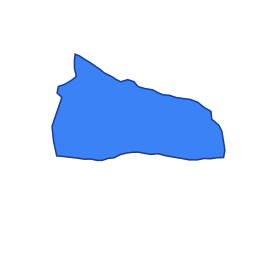 outline of Mesquita, Rio de Janeiro, Brazil, rotated 44°
{"feature_id": "56859067B83991596401746", "entity_name": "Mesquita", "entity_type": "district", "adm_level": 2, "iso_a3": "BRA", "parent_name": "Brazil", "parent_adm1": "Rio de Janeiro", "projection": "orthographic", "projection_center": [-43.451, -22.803], "detail": "fine", "context": "isolated", "style": "filled", "palette": "blue", "viewbox_px": 256, "rotation_deg": 44, "n_neighbors": 0, "source": "geoboundaries", "source_scale": "gbopen_adm2", "svg_char_len": 937}
<svg xmlns="http://www.w3.org/2000/svg" viewBox="0 0 256 256"><g transform="rotate(44 128 128)"><path d="M191.2,62.9L182.1,63.5L176.1,58.4L168.3,60.4L160.4,61.0L152.9,64.2L147.5,68.3L141.5,72.6L134.9,75.8L130.3,79.7L124.6,81.9L119.2,83.4L113.1,87.7L106.4,91.3L100.2,90.5L94.2,93.4L90.7,99.8L85.8,101.3L80.2,102.4L72.9,104.8L66.4,105.4L61.3,106.3L55.1,107.3L48.9,108.8L43.5,109.7L38.7,111.6L42.4,116.5L48.1,122.3L55.1,126.9L54.1,133.4L52.1,140.7L49.0,146.5L52.7,152.1L59.1,151.9L61.9,157.7L72.2,179.6L83.2,188.9L96.1,197.6L101.4,193.3L105.7,190.1L111.2,185.8L118.2,180.8L123.3,175.8L128.1,172.9L131.9,169.3L134.9,163.5L138.7,159.1L140.8,152.8L144.1,147.4L147.8,142.7L152.1,138.3L156.8,135.2L162.8,131.1L167.5,125.6L174.5,121.7L182.3,116.4L187.6,112.7L193.9,108.6L199.8,103.0L203.8,97.2L208.7,92.8L212.7,87.5L217.3,82.9L213.3,76.9L208.6,73.2L203.1,69.1L197.7,65.1L191.2,62.9Z" fill="#3b82f6" stroke="#1e3a8a" stroke-width="1.5"/></g></svg>